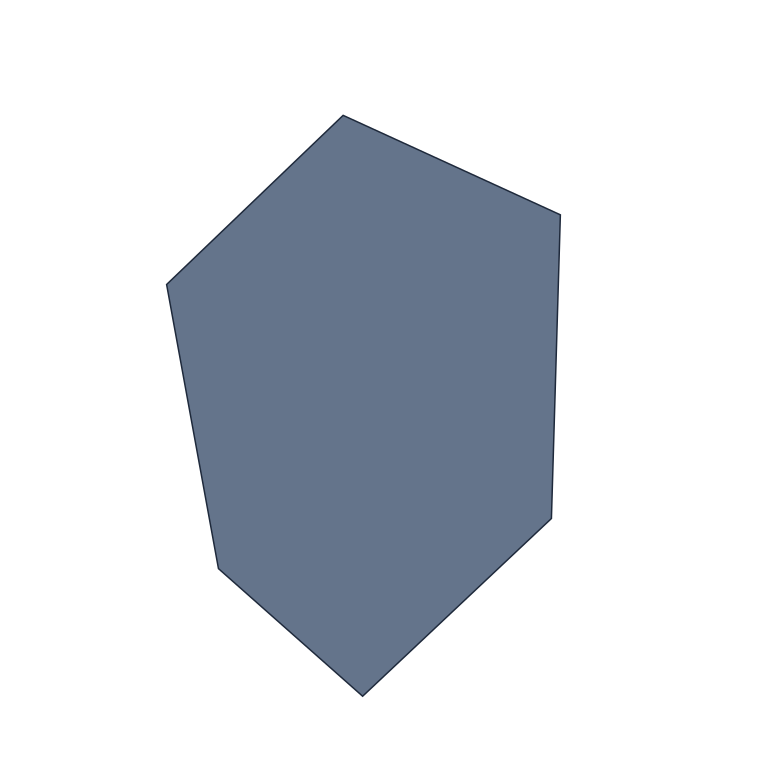 an SVG outline of San Marino, rotated 145°
{"feature_id": "SMR", "entity_name": "San Marino", "entity_type": "country or territory", "adm_level": 0, "iso_a3": "SMR", "parent_name": "Europe", "parent_adm1": "", "projection": "robinson", "projection_center": [12.465, 43.942], "detail": "fine", "context": "isolated", "style": "filled", "palette": "slate", "viewbox_px": 768, "rotation_deg": 145, "n_neighbors": 0, "source": "natural_earth", "source_scale": "50m", "svg_char_len": 255}
<svg xmlns="http://www.w3.org/2000/svg" viewBox="0 0 768 768"><g transform="rotate(145 384 384)"><path d="M505.0,590.2L263.4,627.5L142.5,421.4L324.0,177.8L580.6,140.5L625.5,327.7L505.0,590.2Z" fill="#64748b" stroke="#1e293b" stroke-width="1.5"/></g></svg>